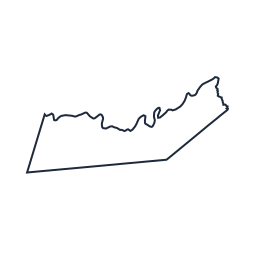 the district of Nova Iorque, Maranhão, Brazil, rotated 207°
{"feature_id": "56859067B71523456666477", "entity_name": "Nova Iorque", "entity_type": "district", "adm_level": 2, "iso_a3": "BRA", "parent_name": "Brazil", "parent_adm1": "Maranhão", "projection": "equal_earth", "projection_center": [-44.087, -6.772], "detail": "fine", "context": "isolated", "style": "outline", "palette": "slate", "viewbox_px": 256, "rotation_deg": 207, "n_neighbors": 0, "source": "geoboundaries", "source_scale": "gbopen_adm2", "svg_char_len": 2009}
<svg xmlns="http://www.w3.org/2000/svg" viewBox="0 0 256 256"><g transform="rotate(207 128 128)"><path d="M69.7,213.2L71.4,213.5L73.5,212.9L74.0,211.5L74.6,210.1L78.2,205.1L79.5,203.5L81.2,201.1L81.7,199.9L82.4,197.2L83.0,192.8L82.7,190.5L83.0,188.3L83.6,187.4L85.4,185.9L86.4,185.5L87.9,185.7L88.7,186.3L89.9,186.6L90.8,185.2L90.7,183.6L90.3,182.0L89.9,178.3L90.0,177.0L90.2,174.4L90.9,171.7L91.4,170.4L94.0,166.1L96.4,163.9L97.6,164.0L100.2,162.8L100.9,161.1L101.2,159.2L102.7,155.3L104.3,151.8L105.8,150.8L107.1,152.9L107.1,154.3L107.4,156.4L107.4,158.3L109.1,160.2L110.1,159.7L111.0,157.9L111.6,155.7L111.7,153.8L110.0,149.8L107.7,147.2L107.0,145.2L106.8,144.0L106.8,140.6L107.5,139.7L109.3,139.3L112.9,139.7L114.4,139.7L115.2,140.3L116.2,142.1L117.8,146.4L119.8,146.5L121.7,143.7L122.6,141.1L122.3,135.0L122.4,132.7L123.2,128.8L124.5,126.5L127.3,126.9L128.2,126.1L128.7,125.0L129.7,123.7L132.7,123.5L134.2,122.7L137.8,123.0L141.0,122.3L142.7,122.4L144.5,121.3L147.4,117.5L150.1,116.6L151.3,117.0L152.4,118.4L153.4,120.3L154.4,125.0L155.3,126.3L157.4,127.7L158.5,127.7L159.4,127.2L161.9,121.8L162.6,121.1L163.3,120.7L166.5,121.0L167.7,121.3L171.6,122.9L173.0,122.4L174.6,120.4L176.0,118.6L177.5,117.3L179.0,115.3L180.4,114.1L183.4,113.5L187.7,111.8L189.5,111.1L192.9,108.5L193.7,107.3L194.5,105.6L195.0,103.7L195.2,102.7L196.2,101.8L197.5,101.6L200.2,105.3L201.0,106.0L202.6,106.2L204.1,103.9L206.1,101.7L206.9,101.7L208.4,102.3L197.7,42.5L195.4,44.0L181.0,53.1L179.8,53.8L177.8,55.1L161.1,65.6L144.6,76.0L120.8,91.0L117.7,93.0L79.3,117.2L78.7,118.5L77.7,120.7L59.7,162.0L58.1,165.8L55.2,172.3L53.4,176.3L51.7,180.3L47.6,189.3L47.7,190.4L49.0,190.2L48.7,191.5L49.1,192.5L50.2,192.2L51.1,192.8L52.2,193.0L53.6,192.0L54.3,193.1L55.5,194.2L56.2,195.4L57.4,196.1L58.4,197.7L59.2,197.4L60.8,197.5L61.6,197.3L62.7,197.5L63.1,199.3L63.8,199.7L64.4,200.4L64.6,201.7L65.6,202.0L65.8,203.4L67.8,204.0L68.6,205.0L68.1,206.5L68.3,208.6L69.1,211.3L69.7,213.2Z" fill="none" stroke="#1e293b" stroke-width="2"/></g></svg>